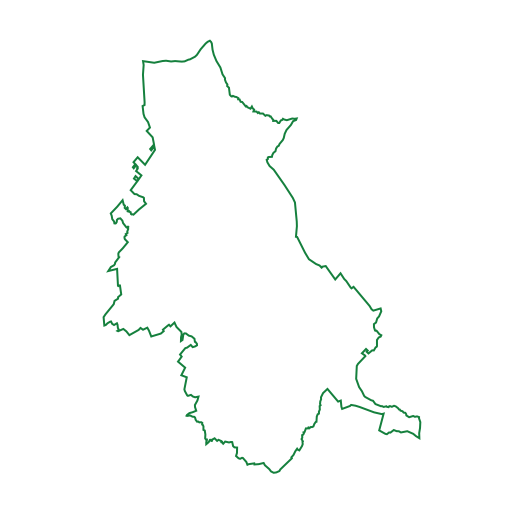 Bumbesti-Pitic, Gorj, Romania, rotated 267°
{"feature_id": "2599482B28908245700119", "entity_name": "Bumbesti-Pitic", "entity_type": "district", "adm_level": 2, "iso_a3": "ROU", "parent_name": "Romania", "parent_adm1": "Gorj", "projection": "natural_earth1", "projection_center": [23.707, 45.117], "detail": "fine", "context": "isolated", "style": "outline", "palette": "green", "viewbox_px": 512, "rotation_deg": 267, "n_neighbors": 0, "source": "geoboundaries", "source_scale": "gbopen_adm2", "svg_char_len": 6009}
<svg xmlns="http://www.w3.org/2000/svg" viewBox="0 0 512 512"><g transform="rotate(267 256 256)"><path d="M391.2,303.8L391.0,301.7L391.4,299.4L390.0,293.9L390.9,291.1L391.6,290.1L390.5,289.3L390.1,287.9L387.6,286.2L387.7,285.0L389.9,283.4L390.0,280.2L391.3,280.3L391.9,279.6L394.7,277.9L394.6,277.1L395.6,276.4L396.1,273.9L395.5,272.7L397.9,270.4L398.1,267.3L399.4,266.3L398.7,265.3L400.2,264.1L400.5,261.0L402.3,261.8L403.7,260.4L405.5,259.7L403.4,258.2L405.1,255.1L406.3,254.4L405.9,253.6L410.5,250.3L410.8,248.7L413.2,247.8L413.4,246.4L414.6,246.6L415.8,244.7L416.1,243.3L417.1,241.3L416.5,240.3L416.8,239.6L418.4,238.3L425.5,237.8L427.2,236.1L428.8,236.4L430.9,235.1L433.8,234.2L435.2,234.4L439.1,232.1L446.1,230.3L452.8,226.7L459.2,224.4L464.3,223.4L470.5,223.0L472.0,222.4L473.4,221.2L472.4,218.9L470.8,216.8L465.4,211.6L459.9,207.5L458.2,205.5L455.8,200.3L455.6,198.8L454.1,194.9L454.0,192.0L454.9,185.4L454.7,181.4L455.7,176.4L455.6,172.9L454.3,164.5L456.5,153.4L452.6,153.8L442.9,152.6L415.5,152.8L412.6,152.6L411.7,150.6L403.8,151.1L400.3,152.0L395.4,155.2L389.8,156.8L386.6,153.4L379.9,159.0L372.7,160.0L368.4,155.9L367.0,156.9L370.7,160.2L367.3,160.7L352.9,150.0L360.8,143.0L356.1,138.6L354.0,140.3L351.1,137.7L350.0,138.5L353.1,141.1L351.0,142.6L350.1,141.8L349.4,142.4L347.1,140.7L342.5,145.8L338.1,142.4L339.9,142.0L342.1,139.9L339.7,138.2L336.9,141.4L328.3,134.3L324.2,137.9L323.9,140.1L322.2,142.3L320.5,146.5L319.9,147.1L316.5,147.1L313.9,148.9L308.6,141.6L303.7,135.8L304.1,134.9L304.0,134.0L304.6,133.3L306.3,133.1L307.2,130.6L307.8,131.3L309.0,129.8L310.6,130.5L311.3,130.1L309.7,128.5L310.9,127.4L313.2,127.7L314.1,126.6L318.7,125.7L312.5,120.0L306.1,113.2L303.8,114.0L300.3,114.4L297.9,116.1L296.0,116.3L295.8,117.1L296.0,117.8L297.3,118.7L299.3,119.0L300.4,120.2L300.7,122.5L298.3,124.4L295.8,125.0L291.5,128.0L291.3,128.6L292.0,129.7L291.7,130.0L290.3,129.3L289.7,129.8L287.1,128.7L285.8,128.9L284.7,127.1L283.6,127.7L282.3,125.8L281.1,125.6L279.7,125.9L276.5,128.7L270.6,123.3L266.9,119.3L265.8,118.7L264.6,118.6L262.4,118.7L262.0,119.3L256.9,115.0L255.6,114.8L254.2,113.8L252.6,110.5L248.7,107.7L250.4,116.6L233.5,116.6L233.2,116.9L233.8,117.8L233.7,118.6L224.7,119.4L222.1,116.1L220.6,116.0L218.6,112.4L215.3,111.4L205.6,102.6L202.9,100.6L194.5,100.9L195.0,102.4L196.6,104.2L198.0,106.8L198.2,107.8L195.8,108.8L194.5,110.6L196.1,113.6L194.7,114.1L191.4,114.3L189.4,115.2L188.5,113.7L188.1,114.4L190.1,119.7L187.5,122.6L183.6,125.4L188.3,134.9L190.2,136.9L188.3,139.3L190.1,143.7L187.1,145.2L181.1,147.2L181.4,148.3L183.5,156.9L185.8,159.9L187.3,159.2L191.2,164.4L191.9,165.5L190.2,166.9L193.8,171.1L189.3,172.9L184.1,177.5L181.5,177.7L178.8,176.9L175.0,176.6L176.0,178.2L181.3,179.3L182.5,180.4L182.3,182.0L180.0,184.7L179.1,187.5L176.6,190.2L173.5,190.5L173.3,191.1L171.4,192.4L169.9,192.4L168.9,190.5L168.3,188.0L170.6,186.2L168.1,182.4L167.7,180.6L161.6,175.0L159.4,176.5L154.6,172.6L148.2,179.4L140.8,175.2L138.5,180.5L126.6,177.5L124.8,177.9L120.4,180.0L119.9,180.7L120.7,183.8L119.0,185.6L118.1,187.8L118.6,191.2L114.7,189.9L110.4,187.2L108.3,187.2L104.6,188.2L103.3,184.5L102.6,181.3L100.9,178.8L100.1,178.3L99.9,178.8L100.2,181.9L98.9,184.1L98.6,186.0L97.8,186.7L95.5,187.2L93.6,188.5L93.7,189.6L92.8,190.7L92.9,192.5L92.2,193.6L90.5,193.4L90.0,194.1L88.6,194.6L85.1,194.4L84.4,195.7L80.5,196.1L76.5,195.7L75.3,196.4L75.4,197.3L75.0,197.4L72.8,196.6L70.7,196.5L72.6,199.0L74.8,200.4L74.8,201.2L73.7,201.7L73.6,202.2L75.1,203.0L76.1,205.1L73.4,207.5L74.4,208.9L73.1,211.5L72.1,211.6L72.2,212.4L71.1,212.6L70.2,213.4L72.3,215.5L71.2,219.3L71.6,221.2L71.4,222.5L67.3,223.2L66.0,224.5L65.7,227.1L60.3,226.7L57.3,225.6L54.9,228.0L54.3,229.5L55.2,231.5L55.0,232.3L50.8,235.6L48.0,236.5L48.5,237.8L49.0,243.4L47.9,243.5L48.0,247.9L48.9,252.8L46.6,253.9L42.5,258.1L40.1,259.7L38.6,262.3L38.8,264.9L40.0,268.1L41.6,269.1L52.1,281.2L53.1,280.8L55.3,283.0L58.9,285.0L61.4,287.0L60.3,287.7L59.6,289.1L63.8,292.0L65.7,292.8L68.1,292.7L68.5,293.1L70.8,291.9L72.1,292.7L74.7,292.7L75.1,293.7L76.2,294.5L77.4,294.2L77.7,295.3L81.2,296.8L81.1,298.8L81.9,299.3L81.2,300.0L81.8,300.5L81.7,301.0L82.4,301.9L82.2,303.0L82.8,304.4L85.3,305.5L87.2,307.0L87.3,307.7L92.5,308.3L94.7,309.3L95.3,310.6L97.3,310.7L99.3,311.7L102.8,311.7L103.6,312.7L104.9,312.2L107.5,312.6L109.5,313.5L111.5,313.5L115.6,315.8L119.5,320.4L106.3,330.4L107.2,333.1L101.0,333.4L98.8,334.0L101.3,342.0L102.3,343.2L101.3,347.5L99.8,351.6L93.7,365.7L91.5,373.4L91.9,375.2L75.4,369.9L71.6,375.9L71.2,377.4L72.8,379.6L72.6,381.0L75.0,384.5L73.7,387.3L73.5,389.5L72.2,391.5L73.1,397.9L70.2,403.7L67.7,406.4L65.5,409.6L70.6,409.7L75.6,410.8L81.5,411.4L85.4,410.3L86.6,410.4L87.4,408.4L87.1,406.3L88.0,404.6L87.0,400.5L88.9,397.8L90.2,397.7L91.6,396.9L91.9,395.2L93.3,394.2L94.0,392.2L95.1,391.6L95.3,390.7L96.5,390.0L98.5,387.7L99.2,386.0L98.3,383.8L99.1,381.9L99.0,381.2L98.1,380.5L98.5,378.9L99.1,378.4L98.6,375.6L99.5,373.9L99.4,373.0L101.9,367.5L105.3,365.3L105.9,363.5L109.5,357.7L110.6,356.7L115.4,354.7L119.7,352.1L128.1,349.6L140.9,350.9L142.9,352.2L150.3,360.0L150.8,359.8L153.3,356.7L157.4,361.0L155.7,362.6L154.6,361.5L152.8,363.2L155.7,367.1L155.5,368.7L158.5,370.7L159.0,371.7L159.7,372.1L165.8,372.4L168.2,374.3L169.0,376.3L170.3,377.0L171.5,375.1L174.8,372.7L175.3,372.0L175.1,371.3L175.3,371.0L178.6,370.1L181.8,370.2L183.3,372.4L187.3,373.8L189.2,375.7L194.2,378.2L197.1,377.7L195.3,370.3L196.8,368.6L200.2,366.8L220.1,351.8L218.7,349.7L219.5,348.9L226.3,344.8L228.4,342.9L234.3,339.5L228.4,333.9L242.3,325.1L241.8,321.3L241.2,321.3L240.9,320.9L243.2,319.0L244.8,315.6L250.0,308.7L256.8,305.1L272.8,298.1L273.1,296.9L283.6,298.4L288.2,298.5L307.4,297.7L312.1,295.8L325.3,288.2L341.3,278.2L345.1,274.3L348.9,272.3L351.5,271.7L352.2,272.9L353.8,273.0L354.2,273.9L354.2,277.1L356.1,277.6L358.2,278.9L359.6,280.9L362.3,281.7L364.2,283.1L364.9,284.5L366.7,285.4L370.5,288.9L372.4,289.9L376.6,291.1L380.3,293.1L385.0,297.7L388.7,300.1L389.7,303.1L391.2,303.8Z" fill="none" stroke="#15803d" stroke-width="2"/></g></svg>